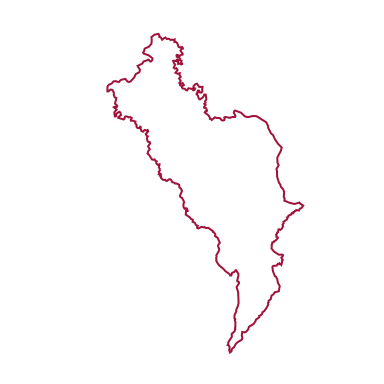 outline of Samaniego, Nariño, Colombia, rotated 21°
{"feature_id": "7082276B98763994729952", "entity_name": "Samaniego", "entity_type": "district", "adm_level": 2, "iso_a3": "COL", "parent_name": "Colombia", "parent_adm1": "Nariño", "projection": "albers", "projection_center": [-77.707, 1.393], "detail": "fine", "context": "isolated", "style": "outline", "palette": "rose", "viewbox_px": 384, "rotation_deg": 21, "n_neighbors": 0, "source": "geoboundaries", "source_scale": "gbopen_adm2", "svg_char_len": 5991}
<svg xmlns="http://www.w3.org/2000/svg" viewBox="0 0 384 384"><g transform="rotate(21 192 192)"><path d="M308.6,253.6L307.6,248.3L304.7,246.0L302.9,243.0L300.8,241.0L299.3,240.7L295.8,236.7L293.9,233.1L294.4,231.8L297.3,230.5L297.9,228.3L298.9,228.4L299.2,227.2L301.5,228.1L301.2,225.1L300.6,223.9L301.1,222.9L298.9,221.3L299.7,219.5L299.6,218.3L298.9,218.1L295.6,219.4L290.1,218.3L286.5,216.3L286.0,214.2L285.2,212.8L285.5,212.0L285.0,210.3L286.3,209.5L286.4,208.4L287.4,207.5L288.7,204.4L288.4,203.7L286.8,203.5L286.8,202.7L285.7,201.7L286.4,200.1L286.0,199.3L286.7,198.5L286.1,196.0L286.9,195.5L288.0,195.8L289.0,194.2L289.3,191.2L288.2,190.1L288.8,188.4L288.0,187.2L290.5,183.6L290.4,181.9L289.9,181.6L290.8,180.8L290.5,179.5L292.9,177.3L292.5,176.4L293.0,175.5L294.2,175.4L294.0,174.3L294.6,174.0L294.8,172.9L295.8,172.3L295.8,171.4L298.5,171.0L298.6,168.9L299.9,167.9L300.7,164.8L297.1,164.1L296.1,163.3L292.1,166.4L287.1,167.1L281.3,167.0L280.9,165.0L279.4,163.6L278.0,158.9L276.1,156.8L273.0,155.2L271.8,153.4L270.0,152.3L266.0,147.3L264.1,142.5L262.6,140.3L263.3,136.0L261.3,134.0L259.3,129.3L260.2,121.7L259.8,118.3L254.9,116.1L250.6,113.1L247.4,109.9L244.8,109.0L240.0,104.7L239.4,103.1L236.3,100.3L225.1,98.1L221.6,99.2L218.2,101.6L216.2,102.3L214.1,102.4L209.4,100.4L203.0,100.5L202.4,101.5L202.6,103.0L205.3,105.4L205.3,106.7L202.9,107.4L200.8,109.2L196.2,110.0L195.4,110.9L196.3,112.0L196.4,113.3L195.1,114.3L193.8,114.3L191.5,113.0L187.8,114.2L186.6,114.0L184.6,117.7L183.3,117.0L182.6,117.3L181.9,116.1L179.8,114.5L175.4,113.2L175.7,111.7L176.8,111.2L176.9,110.6L175.1,108.7L173.0,108.9L172.8,108.0L173.5,105.9L171.9,105.3L172.7,103.8L171.6,102.6L172.3,100.6L170.0,96.2L168.5,96.6L168.6,98.1L168.0,100.2L166.2,102.7L164.9,102.5L163.0,99.9L161.1,99.0L161.0,98.3L162.0,97.0L161.1,96.4L161.3,95.1L162.2,94.8L164.0,96.3L165.3,95.7L165.6,94.0L164.7,92.7L164.2,90.1L161.1,91.3L157.8,89.1L156.2,90.6L155.5,92.8L156.0,94.4L157.8,94.2L157.7,95.9L156.8,96.6L154.8,95.8L151.5,96.4L151.0,98.9L149.9,99.0L148.3,98.2L146.5,98.7L145.1,98.0L144.8,96.9L146.1,95.1L144.2,93.6L142.8,95.2L143.2,96.6L142.6,96.6L142.2,95.4L141.1,94.8L141.7,92.4L139.2,90.6L140.2,88.5L138.2,87.1L138.0,85.5L136.3,86.7L133.8,86.6L134.8,83.3L133.1,82.0L131.7,83.0L130.4,82.5L130.6,79.0L129.1,78.3L127.4,76.4L128.4,75.7L130.6,75.5L130.4,74.0L130.9,73.4L131.6,73.8L133.2,77.4L134.8,76.3L136.2,76.8L136.9,76.2L136.8,75.7L135.7,75.5L135.2,73.2L133.2,73.4L133.2,72.0L132.4,71.4L131.3,71.0L129.3,71.2L128.5,69.9L128.8,69.3L131.9,69.2L132.7,67.8L134.0,67.1L133.7,66.2L130.6,64.3L130.9,62.2L132.1,61.4L131.4,60.4L130.7,60.2L128.8,61.4L127.4,61.3L124.8,58.2L122.9,57.7L121.9,58.3L121.1,55.8L120.2,56.8L118.8,56.8L117.6,57.8L115.7,57.2L113.5,58.2L111.8,57.3L110.6,58.6L109.6,60.6L107.3,58.8L105.8,58.9L105.5,57.6L104.1,56.4L100.7,58.5L98.6,61.9L99.9,64.4L101.0,68.1L99.6,71.9L96.4,75.1L96.8,77.6L96.4,79.3L97.4,80.1L102.6,79.9L107.2,81.3L107.7,82.7L107.1,84.6L106.3,85.1L104.1,84.0L103.3,84.4L102.9,85.2L100.0,87.4L99.6,89.9L96.0,93.8L99.7,96.7L99.9,99.1L97.2,102.1L97.0,105.7L95.1,110.6L94.0,111.8L92.1,112.0L89.3,110.3L85.8,112.5L84.9,113.8L84.6,115.2L83.2,115.8L81.3,115.8L79.1,116.8L78.1,119.6L76.1,121.4L75.4,123.2L75.4,124.3L77.0,128.4L77.8,128.1L79.3,125.5L81.2,125.3L83.5,127.3L84.2,129.5L85.9,131.2L87.8,131.4L88.4,137.1L91.2,138.2L91.5,138.7L91.2,139.7L89.2,140.2L88.6,140.9L92.1,142.1L90.9,145.5L92.9,149.1L93.8,148.7L93.4,146.0L94.5,144.2L95.7,143.1L96.7,143.6L98.2,145.7L96.3,148.4L96.5,149.2L102.2,148.8L102.7,147.9L102.3,146.4L102.6,145.4L104.5,144.8L106.2,145.0L107.5,144.2L109.2,144.5L109.0,146.6L109.4,147.3L111.1,146.7L114.0,146.5L114.4,148.3L116.3,149.2L116.6,150.7L117.6,151.6L119.1,151.6L120.0,151.0L120.2,149.6L120.9,149.7L121.2,151.0L123.0,153.2L124.7,153.2L125.5,151.1L127.6,150.9L128.3,150.0L128.7,150.2L129.4,151.4L128.0,154.3L129.6,155.9L130.8,155.9L130.7,158.2L132.4,160.6L133.4,160.9L134.7,160.6L135.5,161.4L134.6,165.1L137.3,167.3L136.5,169.5L136.7,172.1L138.6,172.7L143.0,176.0L144.3,175.8L145.4,174.9L146.9,176.2L147.9,176.1L147.7,176.7L148.7,178.3L150.3,178.9L151.0,178.9L151.5,177.7L151.8,177.7L152.3,181.1L153.6,182.0L154.3,183.4L153.7,185.0L154.8,186.2L154.7,186.9L155.9,186.2L156.7,186.6L156.2,188.3L157.4,188.3L158.0,189.2L157.8,189.8L159.8,190.9L161.7,190.8L162.7,190.2L163.6,190.8L164.8,190.6L165.9,188.5L167.1,187.9L168.2,188.2L170.0,189.9L172.4,189.7L173.2,190.2L174.4,189.6L177.5,189.8L178.5,192.1L180.6,193.0L182.3,194.6L182.1,199.8L183.2,201.0L184.8,201.0L187.6,203.5L188.4,204.5L188.2,205.9L189.3,208.9L191.1,210.3L192.1,209.3L193.1,209.2L194.8,211.2L194.5,211.5L193.7,211.1L193.1,211.5L194.3,215.4L198.9,216.4L200.7,217.5L202.7,217.6L203.3,219.7L205.5,219.6L207.5,221.4L209.5,221.5L209.3,223.0L209.8,223.7L211.0,223.8L213.4,221.1L215.5,220.9L216.1,220.3L217.8,220.7L220.0,219.6L225.4,221.0L225.7,221.7L226.9,221.8L228.7,223.0L229.3,223.8L229.3,224.9L232.2,225.5L236.2,229.5L235.5,231.5L235.6,233.0L238.0,235.8L238.2,237.5L237.4,242.4L238.2,243.6L238.2,245.1L239.0,246.0L239.2,247.5L241.8,249.6L244.2,251.0L248.9,252.5L251.5,253.9L257.0,255.4L257.6,256.3L258.6,255.8L258.4,253.0L260.2,251.5L260.7,249.4L261.1,249.2L264.6,251.7L265.3,253.5L266.0,258.8L266.5,259.2L267.8,259.1L268.6,260.3L267.7,264.9L271.0,269.0L275.3,279.0L275.7,282.1L275.5,286.1L276.2,287.6L275.8,290.8L276.1,292.9L277.1,295.0L277.9,295.1L278.1,296.7L279.2,298.0L280.9,302.7L280.8,303.6L281.7,304.5L281.4,305.6L281.7,306.7L279.9,310.3L281.1,312.9L279.7,319.3L280.4,320.9L280.1,322.1L281.2,322.1L282.3,322.9L283.1,324.3L283.3,326.2L285.0,328.2L286.0,326.5L285.4,325.0L286.0,323.0L286.9,321.9L287.2,318.5L288.2,316.2L291.3,312.2L291.5,310.5L289.8,308.0L289.1,304.6L291.4,304.2L292.4,303.4L293.6,300.5L293.5,297.3L296.8,293.1L297.6,289.2L297.4,288.2L299.6,285.1L299.7,284.5L299.1,283.5L300.3,282.5L301.2,280.6L300.9,279.0L302.1,277.3L303.1,273.6L303.5,269.6L302.7,268.4L303.0,267.4L302.5,266.2L303.9,263.8L303.4,260.2L304.8,258.2L305.1,256.0L308.6,253.6Z" fill="none" stroke="#9f1239" stroke-width="2"/></g></svg>